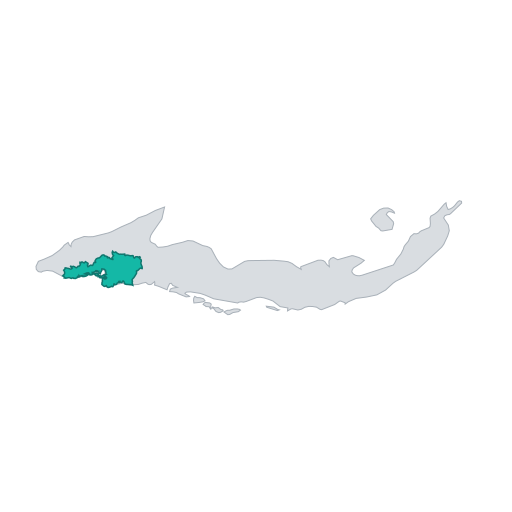 where Holguín sits in Cuba, rotated 161°
{"feature_id": "CUB-1367", "entity_name": "Holguín", "entity_type": "Province", "adm_level": 1, "iso_a3": "CUB", "parent_name": "Cuba", "parent_adm1": "", "projection": "robinson", "projection_center": [-75.695, 20.824], "detail": "fine", "context": "in_parent", "style": "filled", "palette": "teal", "viewbox_px": 512, "rotation_deg": 161, "n_neighbors": 0, "source": "natural_earth", "source_scale": "10m", "svg_char_len": 9579}
<svg xmlns="http://www.w3.org/2000/svg" viewBox="0 0 512 512"><g transform="rotate(161 256 256)"><path d="M164.8,181.2L175.1,183.3L183.4,182.7L187.4,181.5L187.0,182.8L190.7,185.9L192.0,186.1L197.4,184.5L211.5,183.9L212.9,184.8L215.4,187.9L218.9,189.8L222.6,191.2L226.5,191.6L230.4,190.9L234.0,191.3L238.6,194.2L240.0,194.6L244.1,193.8L242.8,196.5L249.7,200.3L254.6,207.9L258.3,211.0L262.1,213.8L265.4,215.6L269.0,216.5L280.1,216.2L282.7,216.4L285.0,217.5L287.3,217.9L288.6,217.5L309.9,229.3L316.7,235.5L320.9,238.8L329.8,243.5L333.5,244.5L335.4,243.9L335.0,242.9L332.4,240.2L332.0,239.3L335.4,240.1L341.5,245.4L343.1,247.4L346.2,249.2L349.3,250.5L347.8,252.6L345.3,252.8L340.5,251.9L344.3,255.3L345.0,257.8L346.7,258.0L349.4,255.3L351.1,253.0L357.8,258.9L361.4,261.6L360.5,263.2L360.2,264.8L364.2,263.3L365.7,263.5L367.2,264.3L368.8,266.9L372.6,267.4L376.4,267.4L384.2,269.5L391.5,273.8L398.4,274.6L405.3,274.8L408.9,277.1L410.4,280.1L408.7,282.2L407.7,284.5L410.3,287.3L404.6,288.4L403.9,290.1L404.1,291.9L405.3,292.9L408.5,292.0L413.2,292.8L420.5,293.5L425.5,292.9L435.5,294.8L438.5,295.8L444.5,299.3L447.3,301.6L453.2,307.9L458.3,310.4L462.7,311.0L464.2,310.6L466.9,312.1L468.1,314.9L467.4,317.8L463.5,321.8L457.2,322.0L448.4,322.8L439.9,325.4L435.7,327.4L433.8,328.7L429.3,330.0L429.0,328.9L429.1,327.6L427.9,325.1L426.9,327.3L425.3,328.9L422.4,330.3L412.1,330.4L407.9,328.6L403.7,327.3L388.1,325.9L384.4,326.0L374.0,327.4L363.5,328.2L359.1,329.1L354.8,330.4L346.4,330.3L336.4,331.8L326.5,332.1L332.9,321.7L346.4,311.8L348.9,309.6L350.7,306.9L351.2,304.8L350.6,303.0L347.4,299.9L346.7,297.6L345.8,296.1L341.1,294.8L336.4,294.0L331.4,294.0L321.0,292.9L315.4,292.8L310.7,290.7L303.0,283.2L299.3,281.0L297.5,279.4L296.0,277.4L294.2,266.3L292.7,261.0L290.4,256.3L286.8,252.8L283.0,251.6L268.6,254.6L265.2,254.2L261.9,253.2L240.2,246.0L231.2,242.0L227.5,240.1L224.4,237.3L221.2,232.7L217.6,228.6L217.6,230.3L217.1,231.3L198.8,231.8L195.9,230.9L194.0,229.8L192.7,228.1L191.8,224.8L190.1,222.0L189.5,225.0L188.6,227.7L186.1,229.3L183.3,229.5L180.0,225.9L165.2,225.1L163.9,224.5L159.1,221.0L155.0,216.6L159.1,215.0L167.6,213.0L169.5,211.6L170.6,209.8L169.8,207.2L168.2,205.4L166.4,204.3L164.5,203.6L162.0,203.3L129.1,202.8L127.2,204.2L124.2,207.1L118.3,210.8L114.4,214.6L113.0,216.6L111.2,218.0L107.1,220.4L103.6,224.1L99.4,225.7L97.1,224.7L94.8,224.7L93.2,225.6L91.5,226.0L83.0,226.5L81.7,227.4L80.5,230.0L79.1,235.1L77.7,236.8L73.5,237.5L69.5,238.9L61.2,243.7L59.0,244.5L59.6,240.9L59.2,237.4L56.9,237.3L54.2,237.9L52.0,238.8L47.9,241.4L45.8,242.1L43.9,240.8L44.3,239.1L58.0,232.8L59.5,232.3L62.0,232.8L64.3,232.6L66.2,230.9L64.1,222.6L65.0,217.0L68.2,212.6L74.6,206.0L77.6,203.9L108.8,190.1L112.0,189.4L132.1,186.6L135.2,185.7L144.6,181.6L154.4,179.9L164.8,181.2ZM135.5,253.8L131.8,256.2L123.9,259.6L119.7,259.7L115.5,258.4L112.6,255.6L111.0,252.8L111.1,251.4L113.7,253.7L116.0,254.8L117.9,254.1L119.3,252.8L115.1,243.8L115.3,241.8L118.7,236.9L128.0,238.4L129.6,239.2L130.9,242.4L132.9,244.9L135.3,251.5L135.5,253.8ZM290.8,209.1L296.2,210.0L299.9,209.3L301.8,209.7L304.5,213.5L302.1,213.9L300.3,213.9L298.9,213.3L294.1,213.1L290.9,212.0L289.1,211.0L288.3,209.9L290.8,209.1ZM328.6,236.4L327.0,237.8L325.2,235.8L322.5,234.8L319.5,232.5L318.8,230.2L321.3,230.0L324.5,230.5L330.0,231.8L329.5,234.4L328.6,236.4ZM314.5,221.2L313.7,222.0L311.6,220.3L308.5,219.6L306.7,216.9L305.0,215.9L304.9,214.9L307.7,214.3L309.7,214.6L311.9,216.6L313.2,220.3L314.5,221.2ZM320.3,228.4L319.0,228.6L315.1,226.7L314.0,225.1L315.3,222.9L315.6,220.6L316.2,220.5L316.8,223.3L319.8,224.5L320.0,225.1L321.8,227.4L320.3,228.4ZM262.5,204.0L262.6,205.2L255.7,201.8L252.8,198.3L251.6,197.5L253.5,197.4L262.5,204.0Z" fill="#d9dde1" stroke="#a8b0b8" stroke-width="1"/><path d="M382.0,268.4L382.9,269.2L383.5,269.6L387.7,271.3L389.0,272.2L389.1,273.3L389.3,273.7L389.2,274.6L389.4,275.2L389.8,275.7L390.1,275.6L390.4,275.2L391.1,274.8L391.5,274.7L392.1,274.9L392.5,275.1L392.8,275.4L392.9,275.9L392.9,276.4L393.2,276.4L393.2,276.2L393.5,275.8L393.7,276.5L394.1,276.6L394.3,276.3L394.3,275.5L394.6,275.5L395.7,275.6L396.2,275.5L396.4,275.3L397.0,274.7L397.4,274.6L397.8,274.6L398.3,274.7L398.7,274.9L399.1,275.7L399.4,275.8L399.6,275.6L399.4,275.2L401.4,273.6L401.6,273.7L402.2,274.0L402.4,274.1L402.5,274.4L402.9,274.4L403.6,274.2L405.0,274.2L406.1,274.4L406.9,275.2L407.2,276.7L408.8,276.4L409.7,277.0L411.0,279.2L410.2,281.1L410.0,281.4L409.6,281.8L409.4,282.1L409.3,282.4L409.2,283.1L409.1,283.3L408.8,283.8L408.3,284.4L407.6,284.9L407.0,284.8L406.8,284.4L406.6,283.7L406.4,283.3L405.9,283.6L405.6,283.4L405.3,283.3L405.1,283.4L404.8,283.6L405.2,283.7L405.4,283.8L405.5,283.9L405.6,284.3L404.5,284.3L404.5,284.9L405.0,285.7L405.4,286.5L405.6,286.5L406.1,285.7L407.1,285.4L408.3,285.3L409.1,285.5L410.8,286.4L411.0,286.6L411.1,287.2L411.2,287.7L411.6,288.0L412.1,288.0L411.8,289.1L411.3,289.1L410.6,288.6L410.1,288.3L409.8,288.2L409.7,287.9L409.6,287.6L409.4,287.3L409.1,287.1L406.8,287.4L406.1,287.7L403.5,287.3L403.7,287.9L403.6,288.4L403.2,289.5L403.2,289.8L403.2,290.4L403.1,290.9L402.9,291.4L403.3,291.8L403.7,292.8L405.3,293.7L405.9,294.0L406.2,293.5L406.6,292.5L408.5,290.8L408.9,289.9L409.5,290.4L409.9,291.1L410.0,291.9L409.7,292.7L410.7,292.6L411.1,292.7L410.9,293.2L410.8,293.6L411.2,293.9L412.1,294.2L411.9,293.2L414.2,293.8L414.8,293.0L415.1,293.0L415.3,293.3L415.5,293.5L415.8,293.7L416.2,293.9L416.5,293.0L415.8,292.7L415.5,292.7L415.1,292.7L415.6,292.0L416.5,291.7L417.6,291.7L418.3,291.8L419.0,292.1L419.8,292.6L420.1,293.1L419.2,293.3L419.5,293.9L419.7,294.6L420.0,294.6L420.0,294.4L420.2,293.9L420.6,294.9L421.5,295.1L423.8,294.9L423.1,294.4L421.6,293.6L420.8,293.3L421.3,292.8L422.3,292.5L423.3,292.5L424.0,292.7L423.8,292.4L424.4,292.4L426.2,292.8L426.7,293.1L426.8,293.4L426.2,293.6L426.2,293.9L427.3,294.2L427.6,293.9L428.0,294.3L428.7,294.1L429.3,294.1L429.7,295.2L430.0,294.6L430.0,294.2L430.4,294.6L430.7,294.7L431.1,294.8L431.4,294.6L430.8,293.9L434.0,293.5L434.7,293.8L435.1,294.0L435.5,294.1L435.8,294.3L436.0,294.7L436.2,295.0L436.9,295.0L437.9,294.9L438.5,295.4L439.1,296.0L439.8,296.5L442.9,296.9L443.7,297.2L444.4,297.7L444.0,297.9L443.8,298.0L444.4,299.1L444.4,299.6L444.5,299.7L444.9,299.9L445.2,300.1L444.7,300.4L444.2,300.8L443.6,300.8L443.4,300.9L443.1,301.2L442.9,301.5L442.6,301.9L442.4,302.4L442.2,303.1L442.2,304.0L442.5,305.2L440.9,305.9L440.7,306.1L440.6,306.4L440.5,306.7L440.5,306.8L440.3,306.9L440.0,306.8L439.5,306.6L439.1,306.3L438.7,306.0L437.2,305.2L435.9,304.2L435.5,304.0L435.1,303.9L434.1,304.1L433.9,304.2L433.8,304.3L434.0,304.8L433.9,305.2L433.9,305.4L434.3,305.5L434.5,305.7L434.6,305.9L434.8,306.2L434.8,306.3L434.8,306.5L434.6,306.7L434.4,306.6L433.3,305.8L432.0,305.7L431.1,304.9L430.0,303.6L429.8,303.4L429.5,303.4L429.3,303.4L428.4,303.8L427.7,304.2L427.4,304.3L427.2,304.2L426.9,303.9L426.7,303.9L426.4,303.9L425.5,304.5L425.0,305.0L424.9,305.3L424.8,306.7L424.4,307.4L423.8,306.9L423.6,306.6L422.8,307.0L422.6,307.1L422.4,307.0L422.1,306.8L421.8,306.5L421.6,306.2L421.4,305.9L421.0,305.7L420.8,305.5L420.6,305.4L420.3,305.5L419.5,306.0L419.1,306.2L418.0,304.7L417.4,304.1L417.2,303.7L417.4,303.3L417.5,303.2L417.6,302.9L417.7,302.7L417.8,302.6L418.2,302.3L418.3,302.3L418.4,302.1L418.5,300.9L418.5,300.6L418.4,300.5L418.0,300.7L417.8,300.8L417.7,300.8L417.2,300.8L415.4,301.2L414.7,300.9L414.1,300.4L413.9,300.3L413.7,300.3L413.6,300.5L413.4,300.6L413.2,300.6L412.9,300.8L412.7,301.0L412.0,301.9L411.4,302.4L411.1,302.6L410.9,302.7L410.4,302.4L410.1,302.3L409.8,302.1L409.7,302.2L409.6,302.3L409.6,302.5L409.6,302.8L409.8,303.3L409.6,304.0L407.9,305.3L406.2,305.5L404.9,305.3L404.5,305.3L404.2,305.4L401.3,306.9L400.1,306.8L399.4,306.4L399.3,306.2L399.1,306.0L399.0,305.2L398.3,305.0L397.2,304.2L396.9,303.9L396.7,303.7L396.9,303.5L397.1,303.1L397.1,302.8L397.0,302.6L396.7,302.6L396.3,302.6L395.6,302.5L395.3,302.4L395.1,302.2L395.3,301.7L394.9,301.1L393.1,299.6L392.5,299.3L392.4,299.4L392.3,299.6L392.4,300.0L392.7,300.8L392.8,301.1L392.7,301.3L392.0,301.6L391.8,301.8L391.3,302.2L390.6,302.7L390.5,302.8L390.6,303.0L390.8,303.2L390.9,303.6L391.1,304.3L391.0,305.3L390.8,306.3L390.7,306.4L390.0,307.2L389.8,306.8L390.1,306.1L390.2,305.9L389.8,305.9L389.6,305.9L389.2,305.7L388.9,305.5L388.6,305.5L388.2,305.4L387.3,305.5L386.3,303.8L385.1,302.5L384.7,302.2L384.4,302.0L383.3,301.8L382.5,301.4L382.0,301.2L381.0,301.0L380.1,300.6L379.6,300.6L379.9,299.6L379.8,299.4L379.7,299.1L379.3,298.9L379.1,298.9L378.8,299.2L378.7,299.2L378.4,299.0L377.0,298.6L375.2,297.4L374.5,297.0L372.6,296.6L372.3,296.4L372.1,296.2L372.1,295.3L372.1,294.8L372.1,294.4L371.8,293.7L371.4,293.7L370.3,294.3L369.9,294.4L369.6,294.3L369.3,294.2L368.7,294.1L368.4,293.9L368.1,293.7L367.8,293.0L367.6,292.9L367.1,293.2L366.7,293.3L366.4,293.3L366.2,293.1L366.0,292.9L365.9,292.5L366.2,292.4L366.6,292.1L366.7,291.9L366.8,291.6L366.6,291.1L366.4,290.8L366.0,290.3L365.9,290.1L365.9,289.7L365.9,289.1L366.1,288.7L366.3,288.1L367.1,287.1L367.2,286.6L367.3,286.0L367.2,282.8L367.7,281.2L368.2,281.4L368.6,281.8L368.8,282.0L369.0,282.1L369.5,282.1L370.1,281.9L372.2,280.9L372.7,280.8L373.1,280.7L373.4,280.8L373.5,280.9L373.8,280.8L374.0,280.7L374.1,280.0L374.5,278.7L375.3,277.9L376.3,277.1L376.5,277.0L377.1,276.4L378.9,275.1L379.7,274.8L380.8,274.0L381.0,273.7L381.0,272.6L381.0,272.4L381.2,272.1L381.3,271.9L381.5,271.8L381.8,271.0L382.0,268.4L382.0,268.4ZM413.5,289.2L413.8,289.6L414.4,290.8L414.7,291.3L414.8,291.8L414.1,291.8L412.8,291.4L412.1,291.3L411.5,290.9L411.1,290.4L411.0,289.5L413.0,289.2L413.5,289.2Z" fill="#14b8a6" stroke="#0f766e" stroke-width="1.5"/></g></svg>